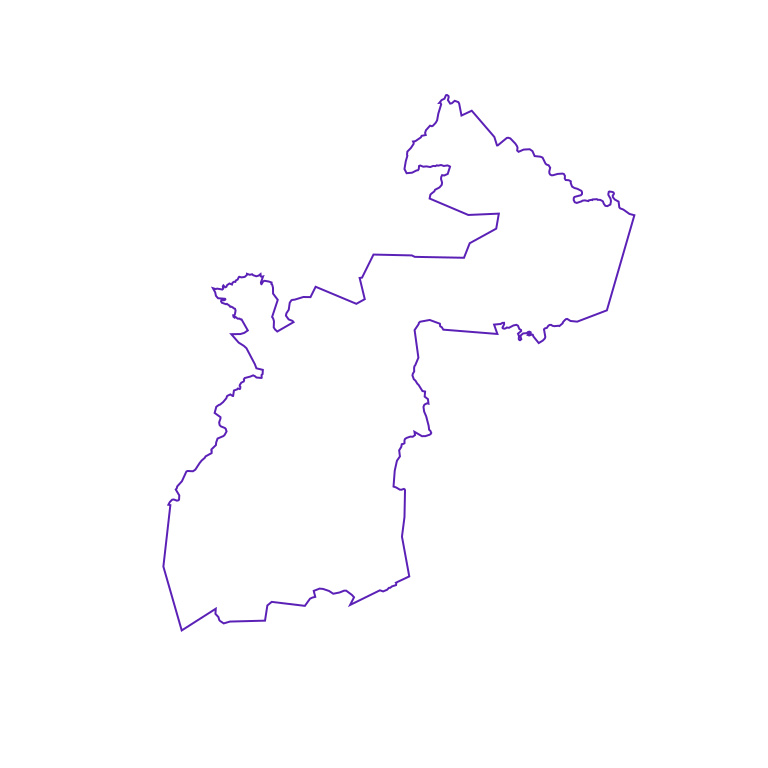 outline of Santa Catarina Juquila, Oaxaca, Mexico, rotated 17°
{"feature_id": "50627088B71365052188034", "entity_name": "Santa Catarina Juquila", "entity_type": "district", "adm_level": 2, "iso_a3": "MEX", "parent_name": "Mexico", "parent_adm1": "Oaxaca", "projection": "mercator", "projection_center": [-97.307, 16.18], "detail": "fine", "context": "isolated", "style": "outline", "palette": "violet", "viewbox_px": 768, "rotation_deg": 17, "n_neighbors": 0, "source": "geoboundaries", "source_scale": "gbopen_adm2", "svg_char_len": 6149}
<svg xmlns="http://www.w3.org/2000/svg" viewBox="0 0 768 768"><g transform="rotate(17 384 384)"><path d="M575.6,248.4L574.1,149.4L569.0,149.6L561.8,147.2L558.6,147.0L557.4,146.3L555.0,141.0L550.7,140.1L548.2,138.4L547.6,136.8L548.2,135.6L548.1,134.4L547.4,133.7L546.1,133.6L543.3,134.0L542.8,134.5L543.0,136.9L543.5,137.8L546.4,140.5L547.6,142.8L548.0,146.2L545.6,148.6L543.6,148.9L541.5,147.4L540.0,145.4L538.6,145.0L536.9,144.7L534.4,145.4L533.6,145.0L529.6,146.5L529.4,147.2L528.6,147.2L526.2,148.5L526.0,149.3L522.3,149.7L520.1,150.7L519.6,151.5L515.4,154.5L513.3,154.4L511.6,152.6L511.1,150.6L511.5,149.4L517.1,145.9L517.8,144.5L517.3,142.7L516.3,141.6L515.3,141.4L511.8,140.8L508.8,140.9L506.1,140.2L503.8,137.2L503.4,135.6L501.1,135.1L498.1,135.8L496.8,134.7L496.2,132.1L494.6,130.6L493.2,130.6L488.7,132.3L484.5,135.0L483.1,135.4L481.6,135.1L480.5,134.0L479.9,132.4L479.7,128.6L477.5,126.7L475.2,126.6L474.0,126.0L469.4,121.1L467.1,120.9L461.4,122.0L457.9,117.9L454.7,116.9L449.0,119.0L444.8,122.6L443.1,121.8L442.6,119.0L441.7,117.7L439.3,115.7L433.0,112.2L430.7,112.2L429.5,112.8L423.0,122.6L422.3,122.8L417.3,115.5L388.0,97.0L379.6,104.6L373.9,93.9L372.7,92.7L368.8,92.5L366.8,95.7L365.3,96.5L362.1,93.8L362.0,90.7L361.4,89.7L359.7,89.2L358.8,89.8L358.4,93.5L356.1,95.6L354.7,99.0L355.8,98.6L356.9,99.8L356.9,109.6L357.7,116.3L357.1,119.0L355.3,122.7L354.4,123.5L352.5,123.5L349.9,129.1L349.9,131.9L351.1,133.7L347.4,135.7L347.2,137.3L343.0,142.6L340.9,143.6L341.9,144.7L342.1,145.8L340.7,150.5L338.4,154.9L339.0,158.1L339.6,158.8L339.7,164.6L340.7,172.4L344.0,175.8L349.1,173.7L352.5,170.4L354.0,169.6L354.4,168.4L353.8,165.2L354.7,164.5L358.1,164.7L360.9,163.5L364.8,163.0L367.2,161.1L369.5,160.6L370.6,159.4L371.9,159.4L374.5,157.9L377.5,158.0L380.8,156.4L383.0,156.6L383.6,156.8L383.5,164.5L380.6,167.0L378.5,167.3L378.2,169.3L378.6,171.3L380.6,174.3L381.0,176.6L379.6,179.8L376.0,183.4L375.8,185.1L373.6,188.2L373.0,189.4L373.4,193.3L415.2,197.7L444.0,187.5L445.9,202.6L424.8,224.3L423.6,239.9L376.3,253.4L373.0,252.9L336.1,263.3L331.9,288.7L329.7,289.7L340.8,308.5L334.1,315.4L290.2,311.0L288.3,322.4L281.4,324.4L274.0,329.4L271.5,330.5L270.9,331.2L270.1,333.9L271.2,340.8L270.0,344.9L270.2,347.3L273.9,350.1L278.0,350.4L279.4,351.3L266.6,365.0L263.8,363.7L262.0,362.1L260.4,356.1L258.8,353.7L257.4,352.6L257.8,334.6L251.5,330.0L249.7,324.4L247.9,321.5L247.1,321.3L246.8,319.8L243.6,319.7L239.3,320.3L238.4,321.5L237.7,324.3L237.3,324.2L236.6,322.9L236.9,316.5L235.8,317.2L234.7,317.1L233.8,315.0L232.4,317.0L230.4,318.3L227.0,318.2L225.8,317.6L223.7,318.8L220.8,318.7L221.1,319.6L219.5,322.3L216.6,323.7L214.2,323.8L213.9,324.2L213.5,326.9L212.1,328.3L212.0,329.8L210.8,330.0L209.6,331.3L209.5,333.3L206.8,333.1L205.1,335.3L204.8,337.2L203.8,338.0L201.6,336.7L201.3,337.7L202.3,340.0L201.8,340.9L196.5,341.6L195.3,342.4L192.4,342.4L195.7,345.6L197.5,348.8L200.2,350.5L207.0,349.0L207.5,349.3L207.5,349.8L206.4,350.8L204.0,351.2L204.0,352.6L205.2,353.7L209.6,353.9L210.3,353.3L213.1,354.2L214.4,355.1L214.7,354.7L216.9,354.9L217.9,355.5L219.5,355.6L220.6,357.2L221.0,360.7L220.9,361.8L219.7,362.4L220.5,363.8L221.7,364.2L221.9,363.4L222.4,363.3L225.0,364.3L226.8,363.7L227.9,364.2L228.9,363.9L238.1,372.6L235.4,376.0L232.1,378.2L223.4,381.0L232.9,386.9L238.8,388.5L242.0,390.0L254.7,402.8L257.4,406.3L264.0,405.9L265.0,410.0L264.3,411.2L265.2,413.8L264.9,414.1L260.1,415.1L258.4,414.3L256.3,414.0L254.1,415.9L249.1,419.0L248.6,420.5L249.2,421.4L249.1,422.6L247.1,424.5L246.4,427.0L246.5,428.0L247.5,428.7L247.8,430.6L247.5,431.0L245.6,431.0L245.1,432.1L242.4,434.1L243.2,439.5L242.7,439.7L240.1,438.9L237.8,441.0L237.4,441.7L237.4,443.7L235.4,448.4L233.2,451.7L232.2,452.3L230.3,454.8L230.5,461.2L237.3,463.5L237.7,464.7L237.6,469.0L238.8,471.3L240.3,472.2L244.7,472.6L245.7,473.1L247.3,475.4L246.5,479.2L245.7,480.7L240.8,484.8L240.6,488.9L241.1,491.6L238.1,497.0L238.4,498.3L238.9,498.5L239.3,500.5L234.5,505.4L234.2,507.0L232.0,510.5L230.8,513.5L228.6,521.1L226.8,523.3L221.6,524.6L220.6,525.5L219.2,536.0L216.2,542.4L216.3,544.4L215.7,545.8L220.8,550.4L221.8,554.5L221.4,555.3L220.1,556.1L216.7,555.9L215.2,556.6L213.7,559.5L213.1,562.5L215.1,562.3L226.4,623.1L262.6,678.8L288.8,648.1L290.0,653.1L293.8,655.3L295.4,657.8L296.4,658.5L300.7,659.8L306.2,656.2L339.4,645.1L337.2,629.9L340.3,625.2L373.2,619.3L376.0,611.0L377.9,609.2L380.5,607.7L377.3,602.4L382.2,598.5L385.6,597.8L391.9,598.0L396.8,599.4L402.4,596.4L406.3,593.3L408.3,592.7L415.0,595.1L417.7,596.7L416.2,605.2L440.4,582.5L443.8,582.6L447.1,579.9L448.3,577.5L449.5,577.1L450.8,575.2L454.3,572.8L454.0,570.9L453.5,570.5L464.4,560.6L445.8,524.7L442.5,505.3L435.2,479.6L434.7,478.8L433.7,478.5L431.6,480.0L430.0,480.4L426.0,479.4L423.1,479.3L419.6,463.7L418.8,453.6L420.4,448.6L417.9,443.0L418.9,439.1L418.6,436.4L420.3,435.4L420.9,434.5L420.1,432.1L420.1,430.6L421.3,429.0L424.6,426.6L426.8,426.1L428.6,423.8L427.1,420.8L435.6,422.8L438.9,421.7L442.4,419.2L443.2,418.3L443.5,417.0L442.1,415.3L440.5,414.5L438.9,410.9L433.8,402.6L430.5,398.7L428.5,394.5L428.5,392.7L429.0,391.6L430.8,389.9L432.3,389.8L430.4,385.6L426.6,384.2L425.5,379.2L422.8,379.5L417.3,374.7L415.8,374.0L413.1,371.6L411.1,370.7L408.7,367.5L408.6,365.7L409.2,363.2L408.1,359.9L407.9,358.1L408.4,356.9L409.2,348.8L397.5,323.5L399.6,316.7L399.5,315.3L400.3,313.9L409.0,309.4L419.8,310.0L420.9,312.4L422.7,312.8L424.8,314.7L477.8,303.0L471.9,295.0L478.0,292.5L479.3,291.0L480.9,290.4L481.4,291.8L480.8,295.3L481.2,295.9L482.7,296.0L484.1,295.2L484.9,294.1L487.1,293.7L490.6,290.2L493.3,288.7L495.1,289.1L497.3,291.8L499.3,292.3L499.7,293.3L497.4,296.7L499.1,298.7L499.7,301.6L500.7,302.4L501.4,302.3L502.2,301.0L501.1,299.5L500.5,297.7L502.2,295.0L505.5,293.7L506.6,292.1L507.8,291.4L509.2,291.7L509.4,292.4L507.6,293.9L507.1,295.1L508.6,295.2L511.2,293.4L511.9,293.4L513.0,294.9L520.0,299.6L523.2,296.0L524.5,293.4L524.5,291.8L521.0,284.9L521.7,283.7L523.3,282.8L524.1,280.3L525.1,279.1L526.6,278.6L528.1,279.1L530.0,278.9L533.8,277.3L534.8,277.3L537.1,273.7L537.0,272.8L538.0,270.5L539.0,268.8L540.2,268.2L543.9,269.2L550.5,267.9L575.6,248.4Z" fill="none" stroke="#5b21b6" stroke-width="2"/></g></svg>